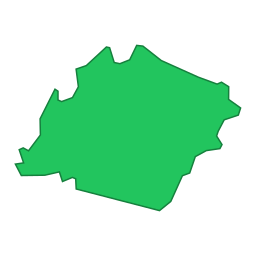 the border of Ibb
{"feature_id": "YEM-156", "entity_name": "Ibb", "entity_type": "Governorate", "adm_level": 1, "iso_a3": "YEM", "parent_name": "Yemen", "parent_adm1": "", "projection": "albers", "projection_center": [44.186, 14.073], "detail": "coarse", "context": "isolated", "style": "filled", "palette": "green", "viewbox_px": 256, "rotation_deg": 0, "n_neighbors": 0, "source": "natural_earth", "source_scale": "10m", "svg_char_len": 678}
<svg xmlns="http://www.w3.org/2000/svg" viewBox="0 0 256 256"><path d="M28.5,150.8L40.4,135.0L40.1,118.8L55.0,89.2L58.0,91.2L58.0,100.0L61.6,101.6L72.5,97.6L78.4,86.8L76.1,69.1L86.3,65.6L106.4,47.0L109.6,47.7L114.2,62.5L119.9,63.7L129.7,59.8L136.7,45.4L142.9,46.1L161.2,60.5L198.1,77.1L217.1,84.1L221.5,82.2L228.7,86.7L228.6,99.4L240.6,108.0L238.3,115.1L224.2,119.8L218.2,131.2L216.6,136.0L222.0,144.6L219.9,148.6L206.3,150.6L195.3,156.6L189.7,173.0L182.4,175.7L170.8,201.4L159.5,210.6L76.2,189.0L75.7,178.8L72.4,177.4L62.5,181.5L59.4,171.9L44.8,175.2L21.3,175.5L15.4,164.1L23.6,162.9L19.2,149.7L23.2,147.9L28.5,150.8Z" fill="#22c55e" stroke="#15803d" stroke-width="1.5"/></svg>